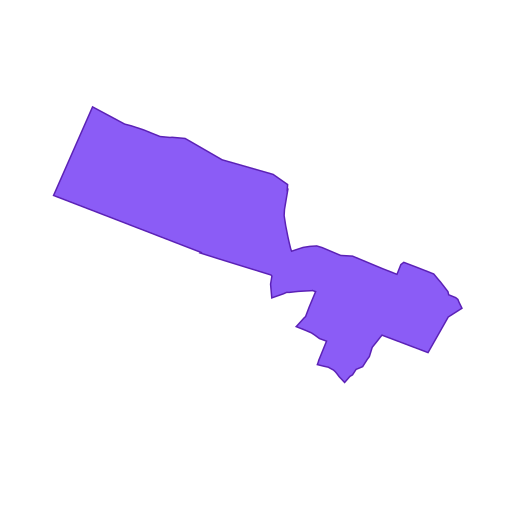 New Cairo-1, Al Qahirah, Egypt, rotated 203°
{"feature_id": "37247803B99181648743437", "entity_name": "New Cairo-1", "entity_type": "district", "adm_level": 2, "iso_a3": "EGY", "parent_name": "Egypt", "parent_adm1": "Al Qahirah", "projection": "orthographic", "projection_center": [31.499, 30.025], "detail": "fine", "context": "isolated", "style": "filled", "palette": "violet", "viewbox_px": 512, "rotation_deg": 203, "n_neighbors": 0, "source": "geoboundaries", "source_scale": "gbopen_adm2", "svg_char_len": 1430}
<svg xmlns="http://www.w3.org/2000/svg" viewBox="0 0 512 512"><g transform="rotate(203 256 256)"><path d="M46.0,288.4L51.1,292.8L53.2,294.9L55.9,295.7L63.5,295.6L65.4,298.2L76.1,304.2L78.6,305.4L85.4,308.9L104.0,308.4L117.5,307.9L119.3,304.7L119.1,296.2L119.1,294.2L134.2,293.8L167.1,293.6L178.3,289.6L198.4,289.6L204.0,289.0L210.2,285.9L216.0,282.3L222.4,276.7L225.1,274.3L226.9,276.2L230.4,280.9L234.2,286.2L238.8,293.0L240.4,295.3L245.9,304.2L248.0,310.1L252.6,329.4L253.0,328.8L254.8,334.1L272.1,337.8L324.8,331.3L367.2,336.5L379.6,332.5L381.5,331.5L391.0,328.5L400.6,328.3L408.3,328.2L421.7,327.1L428.4,326.1L464.7,329.4L466.0,232.6L413.4,234.4L308.7,237.8L308.0,237.8L308.5,237.0L288.5,238.9L236.6,244.2L234.9,244.4L233.5,243.7L231.6,235.8L225.1,223.6L223.8,224.8L215.9,232.0L213.6,234.5L211.1,235.5L206.2,238.3L203.3,239.9L198.5,242.3L190.5,246.2L190.5,246.3L187.2,246.5L187.1,229.7L186.7,219.6L187.5,217.9L190.3,209.8L191.4,206.7L182.3,206.9L175.0,206.9L171.2,206.2L165.3,204.8L161.3,205.0L157.8,205.2L157.5,186.8L157.5,184.7L157.2,182.3L157.1,180.0L150.2,181.1L146.0,181.9L143.5,181.6L140.1,181.3L137.9,180.5L137.3,180.2L135.9,179.5L132.3,177.4L125.0,174.2L122.5,181.9L120.7,184.3L119.6,190.7L114.6,195.8L113.2,204.2L112.4,207.5L112.4,208.1L113.3,217.0L113.3,217.5L111.0,225.6L110.1,229.0L109.1,232.4L108.3,232.4L59.9,234.3L56.0,268.0L55.2,275.0L46.0,288.4Z" fill="#8b5cf6" stroke="#5b21b6" stroke-width="1.5"/></g></svg>